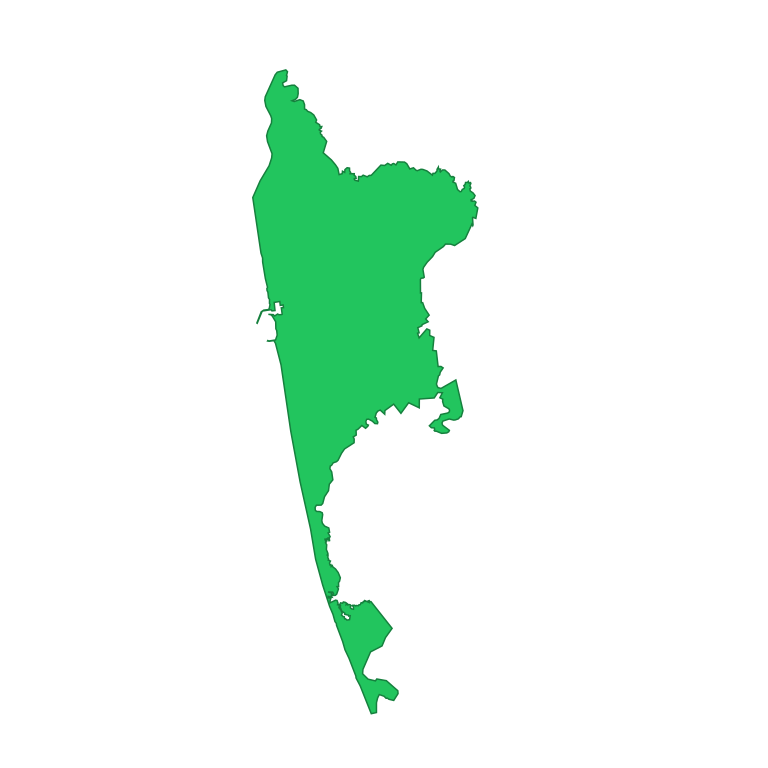 Paraíso, Tabasco, Mexico (Mercator projection), rotated 262°
{"feature_id": "50627088B65754879428970", "entity_name": "Paraíso", "entity_type": "district", "adm_level": 2, "iso_a3": "MEX", "parent_name": "Mexico", "parent_adm1": "Tabasco", "projection": "mercator", "projection_center": [-93.279, 18.362], "detail": "fine", "context": "isolated", "style": "filled", "palette": "green", "viewbox_px": 768, "rotation_deg": 262, "n_neighbors": 0, "source": "geoboundaries", "source_scale": "gbopen_adm2", "svg_char_len": 6140}
<svg xmlns="http://www.w3.org/2000/svg" viewBox="0 0 768 768"><g transform="rotate(262 384 384)"><path d="M586.9,280.0L530.7,280.4L525.7,281.3L521.7,280.8L504.8,281.2L495.9,282.1L494.8,281.3L492.7,281.2L491.1,281.8L485.4,281.6L483.7,282.4L479.8,281.8L478.6,282.2L474.6,280.8L473.8,279.7L473.9,275.2L472.6,272.5L462.1,266.6L461.8,266.9L472.6,273.2L473.2,274.1L473.3,282.4L472.0,283.2L471.9,286.3L480.1,286.6L480.2,292.3L476.3,292.2L476.3,295.1L473.6,295.1L473.7,292.9L467.3,292.9L467.0,292.3L467.2,289.6L468.1,288.4L466.6,285.2L468.1,284.0L469.1,279.2L468.4,281.5L466.9,282.8L460.7,285.4L453.7,284.6L451.8,285.2L447.2,285.0L442.7,282.7L442.6,275.9L443.2,275.0L442.8,274.7L442.3,276.3L442.3,281.0L439.4,282.2L417.3,284.7L350.3,285.1L298.8,287.3L250.6,291.1L220.0,291.9L193.4,295.3L171.3,299.2L163.0,301.4L155.5,302.4L153.5,303.5L151.7,303.4L134.7,307.2L126.2,308.4L117.2,311.2L98.7,315.5L96.8,315.4L88.4,318.4L59.3,325.5L59.7,330.8L69.5,332.2L74.0,334.0L77.1,336.1L74.8,340.6L72.5,342.3L72.4,343.7L71.1,345.0L69.3,349.6L75.4,354.8L78.3,355.0L89.9,345.0L92.9,335.8L91.2,334.2L93.9,327.2L100.0,322.5L104.3,323.4L120.6,333.4L124.9,345.6L132.7,350.2L140.9,358.0L170.3,340.8L170.3,339.8L171.6,339.2L171.3,338.0L169.9,338.5L172.3,334.7L171.8,334.1L171.4,334.5L171.3,333.1L170.2,332.4L170.6,330.9L168.8,329.8L168.8,328.4L168.0,327.8L168.5,325.8L168.1,325.2L169.0,324.1L169.2,322.1L168.6,321.9L167.8,322.8L165.2,322.4L165.7,320.8L167.0,319.6L168.3,319.7L169.0,320.6L170.0,319.9L170.6,318.4L170.2,317.5L171.4,317.1L170.7,315.8L172.4,316.2L173.2,315.2L173.8,313.4L172.7,312.5L173.3,310.5L172.1,309.7L170.4,310.1L169.5,309.5L164.9,310.6L162.6,313.2L161.4,313.1L160.0,316.6L159.1,316.7L159.2,318.3L155.4,317.1L155.4,314.4L156.8,313.3L156.9,312.4L159.2,312.2L159.3,311.2L161.1,309.7L162.9,310.7L167.8,309.3L167.4,309.1L168.8,308.2L170.3,308.8L171.7,308.5L171.9,307.3L173.3,308.0L176.1,307.4L176.7,306.0L174.9,300.3L176.5,300.3L179.3,301.6L179.9,299.2L181.5,299.2L180.2,302.8L181.5,302.2L184.3,303.2L185.8,299.6L185.1,304.2L183.6,304.9L181.8,303.3L181.5,306.4L182.5,307.9L187.4,310.4L189.9,309.3L189.7,310.9L193.7,311.3L194.8,312.5L198.2,313.8L203.6,312.4L207.5,310.3L210.0,307.9L211.4,307.5L210.6,306.3L212.5,306.3L212.4,305.3L214.3,305.1L216.1,306.3L217.4,304.3L218.0,304.8L220.1,304.2L222.4,304.8L222.6,304.0L224.0,304.9L228.1,303.9L232.8,304.9L234.9,304.0L235.3,304.6L238.5,303.9L239.2,304.1L236.7,304.6L236.5,305.3L237.7,305.3L237.3,305.8L237.7,306.5L238.7,305.9L239.4,307.2L236.4,307.7L236.5,308.3L238.8,308.3L240.4,309.4L244.3,307.9L244.8,309.5L249.1,309.3L251.6,305.4L254.7,303.6L257.4,303.4L263.2,305.1L265.1,304.9L266.6,302.7L267.2,299.5L268.6,298.4L271.4,298.6L273.4,300.2L272.8,304.9L274.2,306.7L280.6,309.4L286.1,314.2L292.4,315.9L296.2,320.0L304.2,320.0L307.7,318.6L310.3,319.4L310.7,320.7L313.0,322.7L313.7,326.2L314.9,327.9L321.3,332.3L325.2,335.9L330.0,346.2L333.7,346.8L335.9,346.2L337.3,349.4L342.1,349.9L342.8,351.9L346.0,356.3L342.7,359.6L344.4,362.1L345.5,362.8L346.7,360.9L349.4,360.8L351.4,361.9L351.4,363.8L348.8,367.3L346.1,369.5L345.6,372.0L347.1,372.6L349.6,371.6L351.4,371.7L352.3,370.5L356.3,372.3L358.1,374.3L358.7,376.6L354.0,380.5L357.6,381.2L362.7,390.8L352.6,396.7L362.0,405.8L355.5,415.6L364.2,416.9L363.2,431.8L368.1,436.1L367.2,440.6L362.6,437.4L360.8,440.1L358.4,439.6L353.9,440.3L350.5,444.7L349.0,445.3L347.3,444.8L346.4,443.0L345.9,436.0L342.2,433.7L341.0,431.5L341.0,429.2L336.3,423.1L334.1,424.8L333.5,427.7L332.1,427.9L331.1,427.2L330.3,427.7L329.9,429.4L327.1,434.2L326.8,439.4L327.7,441.5L329.0,442.3L335.0,436.3L337.3,436.0L339.1,437.2L340.3,443.7L338.6,447.9L338.5,449.4L339.1,452.7L341.0,455.0L340.9,455.9L346.6,458.5L378.0,455.7L371.7,439.9L372.9,436.9L375.5,436.1L376.8,436.0L384.4,439.0L385.3,440.4L387.8,441.3L391.7,444.8L393.4,442.9L393.8,440.0L409.5,440.4L410.5,436.9L423.2,440.0L425.7,436.0L430.9,436.8L432.6,434.1L424.8,425.2L429.6,424.3L429.8,425.9L435.1,425.3L436.3,429.6L437.5,430.0L439.5,436.4L442.6,434.3L445.9,438.3L453.3,434.8L459.2,433.6L459.4,432.2L469.0,433.8L469.1,432.8L482.5,434.6L483.6,435.4L483.5,437.6L484.1,438.7L492.0,438.5L494.0,439.4L498.6,443.7L503.4,449.8L507.3,453.0L511.8,461.9L514.0,464.4L513.2,469.5L511.3,473.2L516.7,484.7L530.1,493.3L528.4,493.9L529.1,494.3L536.4,494.8L536.7,495.2L535.2,498.0L545.3,501.4L548.2,498.8L551.2,500.4L552.6,499.1L552.6,497.1L553.5,496.6L553.1,495.9L554.2,495.7L555.3,498.8L557.9,500.4L560.8,498.8L563.1,496.3L565.3,496.2L565.7,497.1L566.7,497.3L568.3,496.6L570.5,497.9L571.4,497.7L571.0,496.2L572.9,495.7L572.0,494.8L572.2,492.8L570.3,492.1L569.3,490.6L567.8,491.2L566.5,490.6L565.8,488.6L563.9,487.3L563.8,486.1L566.3,483.9L572.8,482.9L574.5,480.3L575.5,480.7L575.7,481.6L578.7,482.5L579.9,481.1L579.5,480.0L580.8,478.5L583.3,477.6L587.4,474.1L587.8,471.9L586.1,469.3L587.1,469.0L588.9,469.9L589.5,467.9L591.2,468.0L589.2,466.4L587.7,466.2L585.5,463.8L585.8,461.8L584.1,461.0L589.0,456.2L591.1,452.3L591.5,450.5L590.6,446.7L591.1,445.6L594.0,443.3L593.4,439.5L599.0,437.2L600.9,435.2L602.0,428.6L599.3,426.3L601.0,424.3L600.8,422.9L599.6,421.6L602.0,418.4L600.3,415.1L601.2,411.4L592.4,400.4L592.6,398.4L591.5,396.2L593.7,392.4L592.5,390.5L593.0,387.8L588.5,386.8L589.7,383.7L590.6,383.1L591.6,383.2L591.5,385.0L593.4,384.9L594.9,383.5L596.4,383.8L597.0,379.6L598.2,380.4L599.7,379.6L602.6,379.9L603.3,377.6L601.8,375.2L599.0,374.5L600.5,372.5L598.1,371.9L597.6,368.7L604.0,368.3L607.9,366.4L613.2,363.1L621.4,356.0L632.2,361.0L636.7,358.6L637.7,357.1L639.1,357.2L640.3,356.0L642.1,355.9L643.1,357.3L644.3,355.3L645.1,355.3L646.1,357.4L647.6,358.2L647.7,356.5L649.7,356.3L652.7,352.8L654.8,354.0L660.2,351.9L663.0,349.2L664.7,346.3L666.5,345.2L667.3,343.6L671.6,344.2L675.5,343.4L677.3,340.2L676.2,334.4L677.3,332.3L678.3,336.1L680.0,338.2L683.4,339.4L688.8,340.0L692.3,337.0L692.7,334.2L692.1,326.8L693.6,325.6L696.3,325.5L697.9,329.7L702.4,330.9L703.1,330.4L706.7,331.9L708.7,330.5L707.6,321.7L705.4,319.3L685.0,306.4L681.4,305.4L675.3,305.7L665.4,309.2L662.4,309.7L658.2,308.9L650.7,304.2L646.1,302.3L640.2,302.4L627.6,305.2L623.5,304.2L616.1,300.6L602.4,289.6L586.9,280.0Z" fill="#22c55e" stroke="#15803d" stroke-width="1.5"/></g></svg>